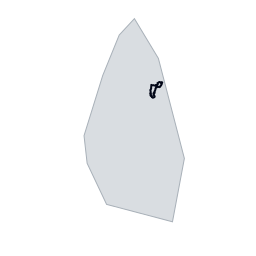 location of Gadette, Dennery, Saint Lucia, rotated 343°
{"feature_id": "8701671B91623550198243", "entity_name": "Gadette", "entity_type": "district", "adm_level": 2, "iso_a3": "LCA", "parent_name": "Saint Lucia", "parent_adm1": "Dennery", "projection": "albers", "projection_center": [-60.911, 13.957], "detail": "fine", "context": "in_parent", "style": "outline", "palette": "ink", "viewbox_px": 256, "rotation_deg": 343, "n_neighbors": 0, "source": "geoboundaries", "source_scale": "gbopen_adm2", "svg_char_len": 2713}
<svg xmlns="http://www.w3.org/2000/svg" viewBox="0 0 256 256"><g transform="rotate(343 128 128)"><path d="M173.0,173.6L143.1,230.7L85.2,194.8L78.6,149.8L83.7,122.5L119.2,70.4L146.8,36.5L166.1,25.3L177.4,70.3L173.0,173.6Z" fill="#d9dde1" stroke="#a8b0b8" stroke-width="1"/><path d="M159.4,102.5L159.2,102.7L159.2,102.9L159.1,103.0L159.1,103.3L159.1,103.5L159.4,103.9L159.4,104.0L159.5,104.0L159.6,103.9L159.8,103.9L159.9,104.0L160.0,104.2L160.0,104.3L160.1,104.5L160.0,104.8L160.0,105.0L159.9,105.0L159.9,105.3L160.0,105.3L160.1,105.5L160.3,105.6L160.5,105.8L160.6,106.0L160.7,106.3L160.8,106.3L161.0,106.3L161.3,106.3L161.5,106.3L161.8,106.2L162.0,106.2L162.3,106.1L162.5,106.0L162.6,105.9L162.6,105.7L162.7,105.4L162.7,105.2L162.5,104.9L162.5,104.7L162.5,104.4L162.4,104.3L162.4,104.2L162.3,103.9L162.5,103.8L162.5,103.7L162.5,103.4L162.4,103.2L162.4,102.9L162.5,102.9L162.8,102.7L163.0,102.6L162.9,102.5L162.9,102.4L162.9,102.2L163.0,102.2L163.2,101.9L163.3,101.7L163.5,101.7L163.9,101.7L164.0,101.6L164.0,101.4L164.1,101.2L164.1,100.9L164.1,100.7L164.3,100.5L164.5,100.4L164.6,100.2L165.1,99.7L165.4,99.4L165.5,99.1L165.6,98.8L165.6,98.7L166.0,98.1L166.3,97.8L166.6,97.7L166.8,97.7L167.0,97.7L167.4,97.3L167.5,97.3L167.7,97.2L168.0,97.2L168.4,97.3L168.5,97.3L168.7,97.5L168.9,97.5L169.0,97.5L169.3,97.6L169.5,97.6L169.6,97.8L169.8,98.0L170.1,97.9L170.3,97.9L170.6,98.0L170.8,97.9L171.0,97.7L171.3,97.4L171.5,97.2L172.0,97.0L172.1,96.9L172.3,96.7L172.5,96.4L172.8,96.2L173.0,95.9L173.0,95.6L173.1,95.4L173.3,95.3L173.3,95.2L173.5,95.0L173.6,94.9L173.8,94.7L174.0,94.5L174.0,94.4L173.9,94.3L173.8,94.2L173.6,94.1L173.4,94.0L173.2,94.1L172.9,94.2L172.7,94.3L172.7,94.2L172.5,93.9L172.4,93.8L172.1,93.8L172.0,93.7L171.9,93.5L171.8,93.4L171.7,93.3L171.5,93.2L171.3,93.2L171.1,93.3L170.9,93.3L170.5,93.4L170.3,93.5L170.2,93.6L169.9,93.7L169.6,93.7L169.6,93.8L169.5,94.0L169.4,94.2L169.3,94.3L169.3,94.7L169.2,94.8L169.1,95.0L168.9,95.1L168.7,95.2L168.4,95.2L168.3,95.3L168.2,95.3L168.1,95.2L167.9,95.1L167.6,95.2L167.2,95.1L167.1,95.3L166.9,95.5L166.7,95.6L166.6,95.4L166.4,95.4L166.2,95.3L165.6,95.1L165.3,94.9L165.2,94.8L165.1,94.7L164.9,94.5L164.5,94.4L164.3,94.4L164.0,94.3L163.9,94.3L163.6,94.2L163.4,94.0L163.3,93.9L163.1,93.7L162.9,93.7L162.6,94.5L162.5,94.9L162.3,95.2L161.7,96.8L161.7,97.0L161.4,97.3L161.3,97.5L161.2,97.6L161.1,97.8L160.9,97.9L160.8,98.0L160.7,98.3L160.5,98.5L160.4,98.5L160.4,98.8L160.4,99.0L160.3,99.3L160.3,99.5L160.3,99.8L160.3,100.0L160.2,100.3L160.1,100.6L159.9,100.7L159.9,100.8L159.8,101.0L160.0,101.2L160.0,101.4L160.0,101.5L159.9,101.6L159.9,101.9L159.8,102.0L159.7,102.0L159.8,102.2L159.8,102.3L159.7,102.4L159.4,102.5Z" fill="none" stroke="#020617" stroke-width="2"/></g></svg>